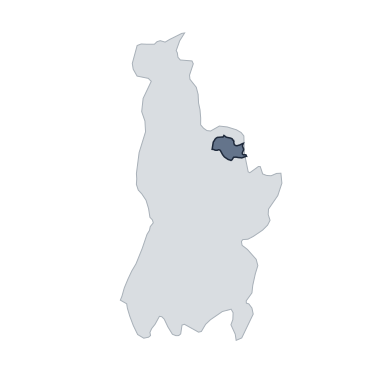 location of Krško within Slovenia, rotated 283°
{"feature_id": "SVN-958", "entity_name": "Krško", "entity_type": "Statistical Region", "adm_level": 1, "iso_a3": "SVN", "parent_name": "Slovenia", "parent_adm1": "", "projection": "robinson", "projection_center": [15.476, 45.922], "detail": "fine", "context": "in_parent", "style": "filled", "palette": "slate", "viewbox_px": 384, "rotation_deg": 283, "n_neighbors": 0, "source": "natural_earth", "source_scale": "10m", "svg_char_len": 2579}
<svg xmlns="http://www.w3.org/2000/svg" viewBox="0 0 384 384"><g transform="rotate(283 192 192)"><path d="M345.3,149.0L336.6,146.0L326.2,144.8L324.3,146.4L320.1,148.0L318.0,150.9L319.7,162.5L317.2,164.4L305.3,163.3L301.4,164.6L295.0,172.6L288.5,176.0L280.1,178.4L273.9,181.3L266.1,183.8L259.4,185.3L256.8,188.8L255.2,192.7L255.6,196.4L262.4,203.8L263.3,211.7L262.6,221.3L261.0,226.5L258.3,229.9L241.6,234.3L224.3,242.2L223.8,244.0L231.8,251.0L232.1,252.8L225.5,256.8L224.9,260.8L225.6,265.4L229.1,270.2L230.3,274.4L220.8,277.6L207.8,276.4L192.6,270.4L187.2,271.3L182.0,274.4L176.7,273.1L170.8,269.4L162.6,261.8L158.6,257.1L157.0,252.1L154.8,251.3L151.3,252.8L148.5,258.9L140.8,269.7L135.1,272.7L126.6,272.1L114.6,272.2L107.2,273.1L98.1,269.3L95.9,270.0L95.8,272.5L92.4,276.5L86.8,279.1L61.0,273.3L57.4,268.4L63.2,266.1L71.4,259.8L76.9,260.5L83.6,259.2L86.6,256.5L82.4,248.5L71.7,238.7L66.1,235.0L58.2,232.5L56.9,229.9L61.4,214.4L60.1,212.2L51.2,212.9L49.1,211.3L48.4,208.6L49.0,204.9L55.1,198.9L61.9,193.5L63.7,190.6L63.5,188.2L54.9,185.8L49.8,183.4L45.7,182.6L42.8,183.9L40.8,182.4L38.7,177.9L40.9,171.1L48.6,164.9L57.0,159.3L64.2,155.2L68.4,153.5L70.5,146.5L74.7,147.2L83.3,147.6L92.8,149.2L101.6,151.1L109.4,153.6L125.8,156.2L140.6,157.7L145.1,159.2L148.8,159.1L153.3,161.2L156.0,159.6L157.9,156.7L166.1,153.4L173.6,149.1L178.8,143.6L181.8,139.2L186.9,136.1L192.4,135.2L197.4,133.7L218.5,131.6L240.2,133.2L250.5,130.2L259.0,124.9L271.5,123.4L272.1,123.3L290.7,127.4L292.1,125.0L292.9,124.0L292.6,112.4L298.4,107.1L303.8,104.9L322.4,105.6L324.8,109.2L325.8,114.7L327.5,122.1L330.6,124.1L332.3,127.0L332.0,132.1L335.7,136.0L344.2,146.3L345.3,149.0Z" fill="#d9dde1" stroke="#a8b0b8" stroke-width="1"/><path d="M251.0,231.1L248.4,230.7L247.5,231.2L245.7,232.5L244.7,232.8L243.6,232.6L242.4,232.3L241.3,232.2L240.3,232.6L239.8,233.7L240.2,235.0L240.3,236.2L239.2,237.0L239.2,236.9L238.7,236.4L236.4,232.8L236.3,231.1L236.0,229.7L235.9,227.1L235.2,224.7L232.5,223.8L231.5,222.9L231.7,221.9L231.8,219.9L232.7,217.6L233.5,215.6L235.3,213.4L238.7,210.4L239.2,209.6L239.2,208.9L239.1,208.2L238.5,207.5L238.2,206.6L238.0,205.7L238.0,204.6L238.2,204.1L238.3,203.6L238.1,202.0L245.4,201.5L247.8,202.4L248.5,202.5L249.8,203.3L250.9,204.4L251.9,207.6L252.4,209.1L252.4,209.7L252.8,210.0L254.3,210.4L253.1,213.1L253.2,217.4L253.0,218.7L252.7,219.4L251.9,219.8L251.7,220.9L251.1,221.1L250.6,221.5L250.2,221.4L249.1,221.8L247.6,222.6L247.1,224.0L247.1,225.0L247.4,225.9L247.9,226.6L248.3,227.6L250.5,230.3L251.0,231.1L251.0,231.1Z" fill="#64748b" stroke="#1e293b" stroke-width="1.5"/></g></svg>